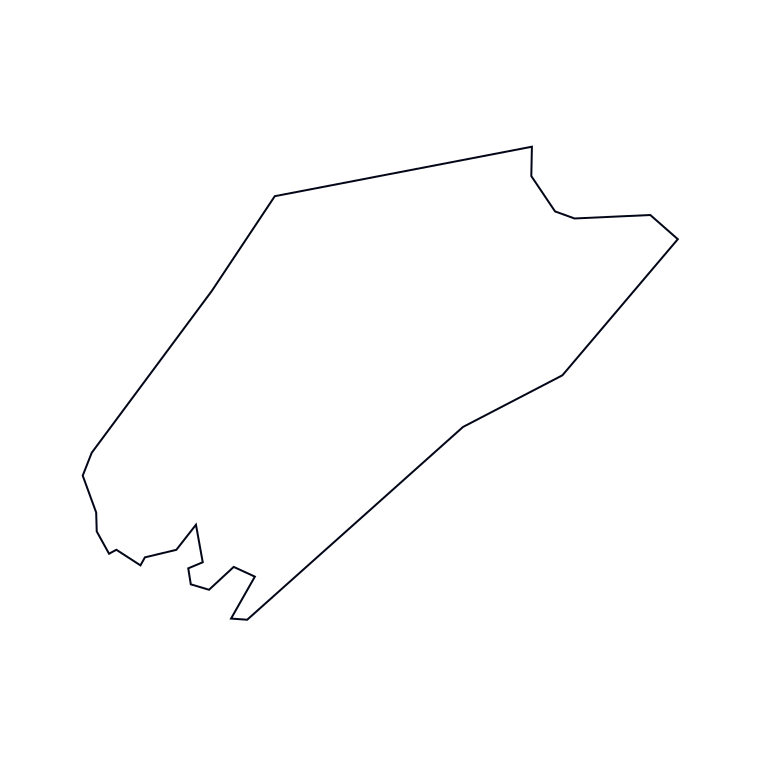 outline of Webster, Kentucky, United States of America, rotated 352°
{"feature_id": "52423323B51645732520918", "entity_name": "Webster", "entity_type": "district", "adm_level": 2, "iso_a3": "USA", "parent_name": "United States of America", "parent_adm1": "Kentucky", "projection": "equal_earth", "projection_center": [-87.761, 37.499], "detail": "fine", "context": "isolated", "style": "outline", "palette": "ink", "viewbox_px": 768, "rotation_deg": 352, "n_neighbors": 0, "source": "geoboundaries", "source_scale": "gbopen_adm2", "svg_char_len": 507}
<svg xmlns="http://www.w3.org/2000/svg" viewBox="0 0 768 768"><g transform="rotate(352 384 384)"><path d="M85.0,411.4L72.9,432.8L81.1,471.2L79.0,490.0L88.1,513.8L95.9,510.9L117.6,529.7L123.1,522.4L155.3,519.3L178.2,497.2L179.7,535.3L164.5,539.3L164.8,555.5L182.1,563.4L209.7,544.2L229.3,556.8L199.9,595.0L215.7,598.4L456.3,437.5L561.9,400.2L695.1,281.5L671.2,253.7L595.7,246.6L577.4,236.9L558.8,198.6L563.5,169.6L302.0,182.8L226.5,267.8L85.0,411.4Z" fill="none" stroke="#020617" stroke-width="2"/></g></svg>